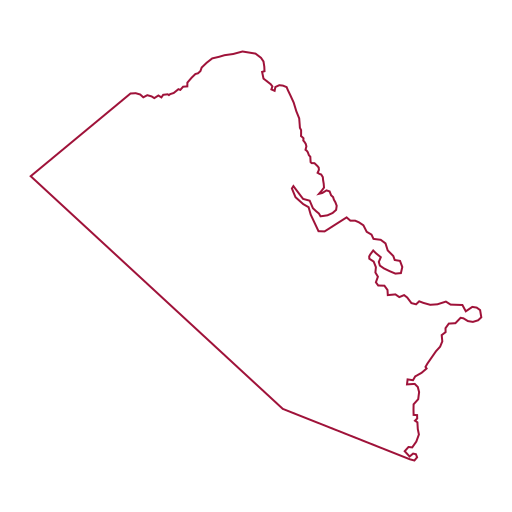 the district of Ngerbau, Ngarchelong, Palau
{"feature_id": "81905179B4441268560543", "entity_name": "Ngerbau", "entity_type": "district", "adm_level": 2, "iso_a3": "PLW", "parent_name": "Palau", "parent_adm1": "Ngarchelong", "projection": "mercator", "projection_center": [134.643, 7.703], "detail": "fine", "context": "isolated", "style": "outline", "palette": "rose", "viewbox_px": 512, "rotation_deg": 0, "n_neighbors": 0, "source": "geoboundaries", "source_scale": "gbopen_adm2", "svg_char_len": 2611}
<svg xmlns="http://www.w3.org/2000/svg" viewBox="0 0 512 512"><path d="M409.9,459.3L414.4,460.5L417.1,457.3L415.9,454.2L413.1,453.6L409.6,456.5L404.7,451.2L408.5,447.0L412.2,447.4L416.3,441.6L418.9,434.5L417.8,429.1L417.4,422.3L415.0,420.7L417.2,418.5L417.1,415.1L413.6,414.9L413.5,409.4L413.6,404.3L418.2,399.2L419.1,392.1L417.8,387.0L414.7,383.9L407.0,384.4L407.6,379.4L413.0,380.2L415.2,376.4L421.6,372.8L426.6,368.5L425.5,366.9L427.4,363.6L431.0,358.4L436.0,351.2L440.1,346.7L442.3,341.4L441.7,335.1L445.6,332.1L445.5,328.2L448.8,323.6L455.4,323.2L460.6,317.8L463.4,318.3L467.9,321.1L472.9,321.9L478.1,320.3L481.3,317.3L480.1,310.1L476.7,307.6L472.3,306.9L465.8,311.3L462.4,305.0L450.6,304.6L445.9,301.6L437.4,304.3L430.2,304.8L423.4,302.9L419.2,301.3L416.1,304.3L411.4,303.1L407.2,297.5L404.1,295.1L399.3,297.1L395.4,294.4L387.8,295.1L387.5,290.0L384.4,285.7L378.2,285.5L375.9,282.3L377.9,276.7L375.4,272.5L375.9,267.2L373.7,261.6L369.3,258.7L369.2,256.4L370.3,254.4L373.2,250.5L375.9,253.2L380.8,257.2L378.8,261.9L379.9,265.6L383.9,268.4L389.7,271.2L395.4,273.6L400.9,273.1L402.3,267.0L400.0,260.9L394.7,260.0L393.3,256.0L387.7,250.4L385.5,243.4L380.7,239.8L373.5,238.9L371.5,234.6L366.7,231.8L363.4,225.3L358.9,222.3L355.2,220.7L350.4,220.7L346.6,217.4L324.6,231.4L318.5,231.2L314.9,223.5L310.7,214.6L308.6,207.2L303.2,204.1L295.5,197.2L291.9,188.5L293.4,186.1L300.7,195.8L303.1,198.9L309.7,200.7L312.9,208.2L316.2,211.3L318.9,213.5L320.5,216.3L323.6,215.9L327.5,215.3L332.6,213.0L336.1,209.9L336.7,205.8L335.4,202.3L333.9,199.7L333.1,197.1L331.1,195.3L329.6,191.4L326.5,190.4L322.3,193.0L319.0,193.8L321.6,190.8L324.0,187.6L323.7,183.7L323.1,180.1L322.8,177.1L321.2,174.5L319.5,173.9L317.6,172.8L318.9,169.9L318.7,167.6L317.5,166.1L314.5,163.2L311.6,163.1L310.6,162.1L310.3,156.7L308.9,155.2L307.8,152.2L306.7,150.7L305.5,149.8L306.4,146.3L305.7,143.8L304.4,141.8L303.3,140.5L303.5,138.3L302.4,137.2L301.0,136.0L301.1,134.5L301.1,130.1L299.9,127.8L299.7,124.7L299.2,118.4L296.3,111.2L293.7,102.6L290.5,95.6L287.9,90.2L286.6,87.1L282.9,85.6L279.3,85.2L275.4,87.0L274.6,90.8L271.4,89.4L272.4,86.4L270.7,84.2L263.5,78.6L262.1,71.9L264.5,71.2L264.3,66.7L263.5,61.5L261.0,57.8L255.5,53.6L242.5,51.5L233.2,54.0L224.5,55.2L219.1,56.8L212.2,58.4L206.6,62.8L201.7,67.5L200.4,71.1L198.0,73.3L195.4,74.0L191.7,77.6L187.4,82.6L187.3,86.4L183.1,86.7L180.3,89.9L178.4,89.2L173.7,93.0L170.2,94.1L168.9,95.1L167.7,94.3L163.2,94.8L161.4,97.4L158.4,95.5L154.3,98.1L151.6,96.4L147.3,95.2L143.3,97.3L140.2,94.5L135.7,93.2L130.5,93.5L30.7,176.2L282.8,408.9L409.9,459.3Z" fill="none" stroke="#9f1239" stroke-width="2"/></svg>